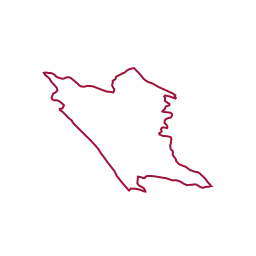 Sollefteå, Västernorrland, Sweden, rotated 21°
{"feature_id": "70781695B14713554089347", "entity_name": "Sollefteå", "entity_type": "district", "adm_level": 2, "iso_a3": "SWE", "parent_name": "Sweden", "parent_adm1": "Västernorrland", "projection": "equal_earth", "projection_center": [16.958, 63.453], "detail": "fine", "context": "isolated", "style": "outline", "palette": "rose", "viewbox_px": 256, "rotation_deg": 21, "n_neighbors": 0, "source": "geoboundaries", "source_scale": "gbopen_adm2", "svg_char_len": 2732}
<svg xmlns="http://www.w3.org/2000/svg" viewBox="0 0 256 256"><g transform="rotate(21 128 128)"><path d="M112.1,69.9L108.4,72.4L106.3,74.9L104.9,77.7L103.5,78.6L102.3,80.3L100.4,82.3L98.6,84.3L98.7,87.1L96.8,89.4L97.5,91.0L97.8,93.8L99.7,95.7L101.3,96.6L101.7,98.9L101.4,100.2L99.7,100.4L97.7,100.8L95.2,101.6L91.6,101.7L85.2,101.7L80.4,101.7L78.4,102.2L76.2,102.9L74.8,103.3L73.5,104.4L71.7,105.4L68.9,106.0L66.9,105.6L65.1,104.6L63.0,104.1L60.6,103.0L59.0,102.6L57.4,101.9L54.6,101.8L52.7,102.6L50.7,104.6L49.2,105.5L46.4,105.9L43.6,105.9L42.0,105.7L41.4,105.0L38.3,104.2L35.8,104.5L34.0,105.1L31.0,105.8L29.7,106.7L31.8,108.3L33.9,108.8L37.1,110.1L38.7,111.5L41.2,113.0L43.9,114.3L47.1,116.0L48.6,118.1L48.3,119.4L47.7,120.5L47.2,121.4L45.9,122.5L45.8,124.3L45.7,127.1L47.1,128.5L49.5,128.6L51.2,127.6L53.8,127.6L57.4,128.6L60.1,129.7L59.9,131.8L59.8,133.2L57.4,134.6L57.7,135.4L61.8,136.6L64.2,137.7L68.1,139.6L70.6,140.5L73.0,141.2L73.9,142.3L77.9,144.4L85.5,147.7L90.7,150.0L98.4,153.3L107.3,157.9L111.5,161.1L116.2,164.0L121.1,167.3L131.0,173.2L135.0,177.1L135.8,177.3L140.7,180.4L147.8,184.1L151.3,186.1L151.5,186.0L152.4,183.5L156.2,182.2L159.9,181.4L165.6,181.4L167.0,181.2L166.8,180.6L165.4,179.4L163.9,178.4L162.1,178.1L159.2,177.9L157.6,177.0L156.5,176.2L156.2,175.0L155.5,172.7L155.3,171.6L154.7,169.9L156.8,169.4L160.7,169.2L161.6,168.7L161.8,167.1L163.4,165.8L166.6,164.6L170.2,163.6L174.4,162.7L178.7,161.9L181.1,161.2L184.9,161.1L188.5,161.0L191.2,159.6L193.9,159.3L197.0,159.4L200.3,160.1L203.5,160.2L205.1,159.4L208.4,157.9L209.9,156.9L212.1,156.3L216.8,157.2L218.9,157.1L221.1,155.6L222.5,154.7L225.0,153.6L225.7,152.6L226.3,152.4L225.8,152.2L225.3,151.6L221.8,150.0L219.7,148.5L218.4,147.7L215.3,146.3L213.1,145.5L211.3,144.7L209.1,144.2L206.8,144.7L204.8,145.0L200.7,145.0L198.3,144.2L195.2,143.5L191.4,143.6L188.5,143.5L186.5,142.3L184.7,141.6L184.2,140.4L182.7,139.2L180.5,137.9L179.0,136.5L178.8,134.8L178.1,133.6L175.5,132.5L174.1,130.3L173.6,129.0L173.6,127.4L173.0,125.2L172.6,123.2L171.8,121.8L170.7,121.2L167.3,121.7L163.4,122.9L159.7,122.8L159.0,121.6L160.6,119.6L160.3,118.4L159.3,117.6L159.3,116.2L160.1,115.0L162.7,114.4L164.5,114.0L164.3,112.4L162.3,111.0L160.3,110.3L159.6,108.2L160.1,106.2L161.9,104.4L164.0,103.1L164.5,101.7L164.5,100.1L164.2,99.4L162.4,98.5L159.7,99.1L156.7,99.9L154.2,100.3L154.2,99.4L155.6,97.0L155.6,94.3L156.5,93.5L158.0,92.5L158.5,92.0L158.0,90.6L154.3,90.0L152.8,89.4L152.4,88.5L151.8,86.5L150.6,85.6L151.0,84.3L155.4,83.6L157.9,83.6L161.6,83.5L161.9,82.7L160.0,81.4L160.3,80.4L157.5,79.7L147.6,79.1L141.2,78.7L134.9,77.7L129.9,77.8L126.6,77.1L125.7,76.7L124.1,76.1L122.5,74.9L118.9,73.1L114.7,71.1L112.1,69.9Z" fill="none" stroke="#9f1239" stroke-width="2"/></g></svg>